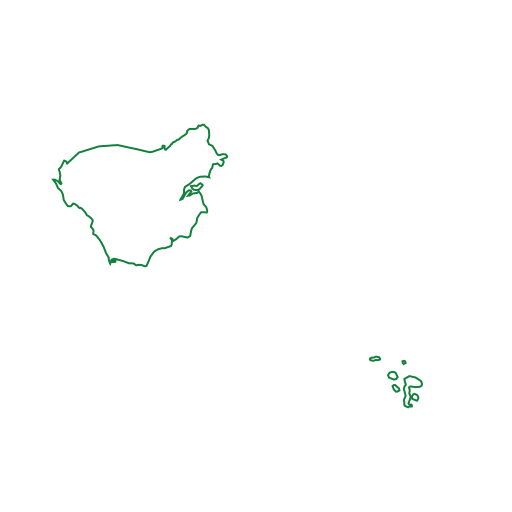 outline of Ecuador, rotated 212°
{"feature_id": "ECU", "entity_name": "Ecuador", "entity_type": "country or territory", "adm_level": 0, "iso_a3": "ECU", "parent_name": "South America", "parent_adm1": "", "projection": "albers", "projection_center": [-81.617, -1.768], "detail": "fine", "context": "isolated", "style": "outline", "palette": "green", "viewbox_px": 512, "rotation_deg": 212, "n_neighbors": 0, "source": "natural_earth", "source_scale": "50m", "svg_char_len": 4262}
<svg xmlns="http://www.w3.org/2000/svg" viewBox="0 0 512 512"><g transform="rotate(212 256 256)"><path d="M468.5,213.2L467.1,214.1L465.6,214.2L463.6,214.5L460.8,213.6L459.6,213.5L459.5,214.4L461.3,215.6L463.1,216.8L463.8,218.7L464.9,221.0L467.4,223.6L469.0,224.8L469.1,225.7L468.6,227.4L468.5,228.8L469.3,235.1L468.7,235.5L467.8,235.5L466.8,235.5L465.9,234.8L465.2,234.4L464.9,235.4L464.1,238.2L462.4,244.6L460.9,250.1L459.0,252.1L456.4,255.2L452.7,259.5L447.3,265.7L443.4,268.6L440.3,270.8L436.7,273.5L432.0,276.8L426.7,278.7L419.4,281.3L414.3,283.2L410.5,284.5L406.5,285.8L401.3,287.6L399.2,289.3L395.9,293.4L394.3,295.4L392.9,297.1L392.6,297.9L392.8,298.4L393.4,299.3L393.5,300.1L392.6,300.7L391.7,300.8L391.4,300.3L391.1,299.4L390.2,298.4L389.2,298.1L388.7,298.4L388.6,299.2L387.3,303.5L387.2,305.6L386.7,306.4L386.7,308.2L385.4,309.9L384.8,311.5L384.4,312.8L383.3,313.7L382.9,315.1L381.9,318.1L380.7,320.5L379.9,322.5L379.8,324.0L380.4,325.1L380.6,325.9L380.0,327.5L379.7,328.6L378.3,329.4L375.2,331.3L374.0,332.6L373.5,334.0L373.8,335.3L373.7,336.3L372.2,336.7L371.7,337.6L370.7,339.2L369.6,339.7L366.7,338.9L364.6,338.9L363.0,338.1L361.2,335.8L359.8,333.9L358.6,331.4L358.2,328.0L356.6,327.0L355.1,325.8L353.2,326.1L350.9,326.3L349.7,325.5L346.7,324.1L344.0,322.4L342.1,321.6L340.6,322.0L339.7,323.0L338.1,324.8L335.8,326.0L334.7,325.9L333.3,325.1L333.0,324.2L334.2,322.7L336.6,319.3L333.9,319.3L333.0,318.2L332.9,317.0L332.5,315.7L333.0,314.2L334.4,313.4L336.4,314.0L337.8,314.1L338.8,312.6L339.7,312.0L340.7,311.5L341.1,310.8L340.1,308.4L339.8,307.1L340.1,306.4L340.0,304.9L340.0,303.9L339.4,302.9L339.4,301.5L338.8,300.7L338.7,299.9L338.6,299.0L338.0,298.5L337.3,298.0L337.9,297.7L341.6,296.4L343.1,295.1L345.0,293.9L346.7,292.0L347.8,290.3L350.4,282.2L352.8,277.0L352.4,274.6L350.4,271.2L349.9,266.3L350.1,264.8L349.9,263.7L348.5,265.7L348.9,273.0L347.7,276.2L346.0,277.0L345.0,276.4L345.6,271.1L344.4,272.1L342.5,275.7L339.3,278.3L339.1,279.2L338.4,280.3L335.9,279.3L334.1,278.2L328.0,272.2L324.0,271.0L321.6,268.9L321.1,268.0L320.8,266.8L323.2,265.6L325.8,263.9L326.0,260.2L326.0,257.3L324.1,252.4L325.0,245.9L324.5,243.4L322.4,238.0L323.9,235.3L329.6,233.3L331.4,232.0L332.7,227.7L334.0,225.2L336.5,226.2L338.5,226.1L335.8,225.1L333.7,221.3L333.3,219.5L337.5,214.3L339.7,212.9L342.4,210.1L344.7,205.9L345.2,199.3L344.3,194.6L343.6,189.6L344.9,188.3L348.4,187.7L351.2,186.1L352.6,184.6L356.0,184.8L359.8,182.5L366.0,181.3L374.6,178.7L376.5,176.4L375.6,172.3L376.4,172.8L378.8,174.8L380.2,176.7L382.7,178.0L384.7,179.0L389.9,182.9L393.3,184.9L397.0,186.8L402.4,188.7L405.7,188.4L406.5,189.8L407.1,191.3L408.3,192.2L410.3,193.0L411.5,193.2L411.8,193.6L413.0,199.1L413.6,199.9L416.3,200.8L419.6,201.1L421.0,201.0L423.9,202.5L426.0,203.2L428.4,203.8L430.0,203.9L430.7,203.7L431.0,203.2L432.3,203.3L434.3,204.0L437.1,204.1L438.9,203.5L439.1,202.4L439.2,200.4L439.9,199.7L441.9,198.6L443.0,198.9L448.2,201.3L449.3,202.2L450.6,203.9L453.1,206.4L455.8,208.0L459.9,208.7L463.9,211.4L468.5,213.2ZM52.5,210.4L54.2,212.0L55.1,216.8L60.3,221.8L61.0,224.6L60.6,225.9L60.8,226.4L63.3,228.4L65.0,230.4L62.3,235.4L56.4,237.5L50.2,237.4L48.9,236.9L47.2,235.1L46.9,233.4L47.9,231.8L51.1,229.4L56.0,227.2L56.6,225.5L54.6,223.9L53.2,220.7L50.1,218.5L48.5,211.7L47.4,211.3L45.3,212.3L44.3,211.5L44.1,211.0L46.4,209.4L46.8,208.3L50.2,207.8L51.6,208.6L52.5,210.4ZM77.1,230.9L75.7,230.9L71.7,228.4L71.9,226.0L73.5,224.3L78.7,223.4L80.9,224.9L80.8,227.9L79.0,230.1L77.6,230.5L77.1,230.9ZM342.3,287.2L341.8,288.2L339.4,288.1L338.7,287.8L338.7,286.7L339.3,283.0L339.9,281.5L342.0,280.0L343.7,279.3L345.8,279.5L348.1,280.8L345.4,283.2L343.9,283.6L343.3,283.9L342.3,287.2ZM48.6,223.0L46.0,223.5L43.8,222.6L42.9,221.2L42.7,219.2L42.9,218.5L47.7,217.7L49.3,219.4L49.3,222.0L48.6,223.0ZM100.9,234.3L97.9,235.4L96.8,234.9L96.1,234.4L96.0,233.8L97.7,232.1L99.3,231.3L100.8,229.4L103.5,228.3L104.3,228.5L104.8,228.9L105.0,229.5L104.1,231.0L102.5,232.1L100.9,234.3ZM70.8,219.5L69.6,220.3L64.7,219.5L63.1,218.0L64.3,215.9L65.4,215.1L68.3,215.8L71.3,218.1L70.8,219.5ZM74.9,245.6L73.8,245.7L72.4,244.6L73.5,242.6L74.6,243.0L75.5,243.6L76.0,244.4L74.9,245.6ZM374.3,177.5L372.8,177.7L372.2,176.5L374.0,175.0L374.6,174.8L374.3,177.5Z" fill="none" stroke="#15803d" stroke-width="2"/></g></svg>